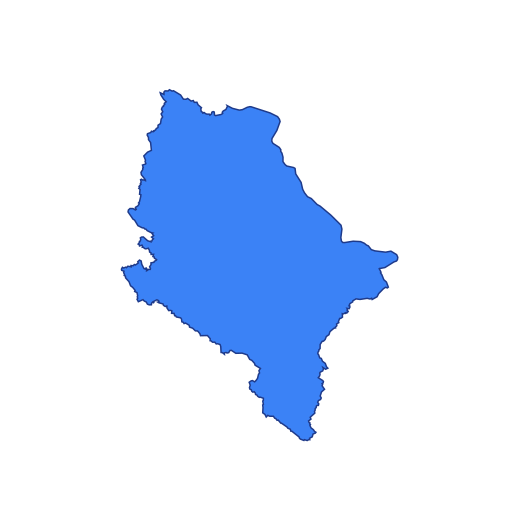 Thayarwady, Bago, Myanmar (orthographic projection), rotated 154°
{"feature_id": "60261553B84336516867138", "entity_name": "Thayarwady", "entity_type": "district", "adm_level": 2, "iso_a3": "MMR", "parent_name": "Myanmar", "parent_adm1": "Bago", "projection": "orthographic", "projection_center": [95.818, 18.129], "detail": "fine", "context": "isolated", "style": "filled", "palette": "blue", "viewbox_px": 512, "rotation_deg": 154, "n_neighbors": 0, "source": "geoboundaries", "source_scale": "gbopen_adm2", "svg_char_len": 6112}
<svg xmlns="http://www.w3.org/2000/svg" viewBox="0 0 512 512"><g transform="rotate(154 256 256)"><path d="M257.7,440.7L259.1,441.0L260.9,443.4L262.7,442.9L265.4,444.3L266.9,443.7L267.9,441.6L270.5,444.7L270.9,442.4L270.3,437.3L269.1,434.0L271.5,433.4L271.6,432.3L273.4,431.7L273.5,431.1L275.0,430.9L276.6,429.4L276.6,426.5L279.0,425.3L279.0,421.9L281.2,420.6L283.8,416.9L286.7,416.5L287.8,414.4L289.8,414.3L291.0,413.3L293.0,413.4L293.1,412.8L294.0,412.8L295.3,414.0L296.5,413.1L299.9,413.5L300.8,412.4L300.7,409.6L301.6,407.7L301.0,404.2L303.7,396.8L307.9,396.9L313.0,395.1L313.3,390.6L314.3,389.5L314.4,387.5L314.9,387.1L318.2,387.5L318.6,384.8L319.3,384.7L319.8,383.4L322.7,381.6L323.4,379.3L322.0,372.9L322.3,372.2L323.3,373.5L324.6,374.0L325.2,375.2L326.3,375.2L326.8,372.8L328.2,371.7L327.9,371.0L330.6,369.8L330.3,369.0L331.7,368.2L331.0,366.7L333.6,362.5L332.6,361.6L333.4,360.2L336.9,355.9L338.3,355.2L337.9,354.5L338.5,353.8L340.4,352.8L343.0,352.6L343.4,352.0L343.2,350.4L344.2,350.2L345.7,352.5L348.4,353.9L350.5,353.3L351.7,351.7L350.4,343.0L349.4,341.5L348.8,335.0L345.8,331.1L344.6,330.5L344.1,329.0L343.1,328.3L342.7,326.5L340.2,323.2L338.7,321.9L339.6,321.8L339.1,319.1L341.6,318.8L340.6,316.4L342.1,316.0L342.8,315.2L344.2,315.5L344.3,314.9L346.7,317.2L348.9,322.5L350.6,323.2L352.0,323.0L352.3,321.5L353.4,320.2L354.4,320.2L354.8,319.3L356.7,318.4L356.0,317.5L356.3,316.1L353.7,315.8L353.7,314.6L354.4,313.7L353.6,313.4L352.8,311.5L351.9,310.7L349.4,310.2L349.3,307.9L349.9,306.2L349.0,304.9L349.6,303.4L347.3,302.4L348.9,300.7L347.9,299.7L348.3,298.6L346.9,296.3L347.3,295.9L349.7,295.8L350.5,295.1L353.4,295.9L354.1,294.3L356.4,292.9L356.2,291.3L356.9,290.3L359.0,291.3L359.6,290.7L360.8,290.7L359.9,292.2L359.9,293.3L360.5,293.4L360.8,292.4L362.2,293.8L362.3,298.6L361.4,301.9L362.5,303.4L364.8,302.7L364.9,301.3L368.3,300.8L369.1,301.7L370.6,301.1L372.5,302.2L372.9,301.0L375.7,303.0L377.5,302.3L378.0,303.1L380.2,303.2L381.0,304.4L382.7,303.2L383.0,302.0L381.3,300.2L382.3,299.0L382.2,297.2L383.0,296.3L382.2,295.2L382.8,293.5L381.4,288.6L381.8,284.2L380.6,281.9L379.7,278.1L380.6,277.3L379.0,275.3L379.8,272.1L380.6,271.4L380.8,269.9L381.9,269.3L381.8,266.5L376.7,266.3L376.2,264.5L374.8,262.8L374.7,260.3L373.4,258.9L371.4,258.0L370.5,259.4L369.2,259.9L368.6,258.9L368.2,259.0L368.0,260.0L364.3,260.1L363.1,258.6L363.3,257.3L364.5,257.6L363.8,256.5L360.6,253.7L360.8,252.2L359.7,250.4L358.1,250.1L358.8,248.4L358.4,245.2L356.5,244.5L355.7,243.6L357.0,241.5L354.8,240.3L355.3,238.0L354.5,237.7L354.3,236.1L350.9,233.5L350.6,232.1L351.5,229.3L350.4,228.3L350.3,226.8L348.7,226.6L346.4,223.0L346.9,221.2L344.6,218.9L343.3,215.3L341.6,214.4L341.1,213.4L340.5,210.7L340.8,208.7L334.5,205.8L333.4,201.7L334.4,200.0L333.6,199.4L332.9,197.6L330.8,196.6L330.3,194.4L329.0,194.0L327.1,192.2L327.4,190.0L329.7,184.6L328.6,183.9L327.5,181.6L327.1,182.8L325.8,182.6L324.9,182.2L324.6,181.5L322.9,181.1L320.8,182.5L319.5,182.0L316.8,177.4L311.1,174.8L307.2,171.0L307.0,165.9L305.5,164.0L304.4,160.2L304.7,158.3L301.3,153.0L303.6,151.7L304.1,149.3L305.6,148.6L308.3,145.3L310.8,144.0L312.4,143.5L313.8,145.6L315.1,145.9L317.5,145.5L317.8,142.5L319.6,140.5L319.9,139.1L318.9,137.9L319.1,136.3L318.5,135.0L317.1,134.8L316.7,133.1L317.1,131.7L316.1,130.6L316.0,129.2L315.0,127.5L314.1,127.3L311.7,124.9L312.7,123.0L313.5,122.7L314.4,119.4L315.3,119.2L316.1,116.8L318.7,112.1L317.4,109.7L317.4,106.8L315.2,107.6L314.1,106.1L310.6,104.3L310.3,102.0L309.5,101.3L309.1,99.1L308.0,98.8L307.0,94.9L306.4,94.6L303.1,88.7L302.9,87.3L301.1,85.2L301.5,83.3L300.6,82.8L296.6,74.4L296.8,73.3L296.4,72.0L293.8,69.2L293.0,69.7L290.9,67.7L289.0,67.8L288.2,67.3L287.7,68.7L284.7,68.8L282.8,71.0L280.3,70.8L279.4,71.3L280.3,72.7L280.5,74.6L281.9,77.5L281.8,80.2L281.0,80.6L281.4,81.5L280.7,82.3L281.3,83.0L281.1,84.7L278.1,85.3L278.0,87.3L272.0,89.0L271.5,90.8L270.6,91.3L269.6,93.0L268.4,93.3L267.5,94.7L266.5,94.9L265.4,94.4L264.4,95.6L264.7,97.4L264.0,98.1L263.2,98.7L260.9,98.7L259.6,99.8L259.7,102.0L256.7,105.1L252.8,106.2L253.5,110.4L252.4,111.4L252.6,112.3L251.3,112.5L250.4,113.6L250.6,114.8L253.4,119.3L251.3,120.4L250.2,121.8L250.1,122.8L249.2,123.4L246.4,123.5L244.8,125.0L244.7,126.4L243.1,123.7L240.6,123.7L241.2,125.5L240.8,129.1L242.4,132.3L242.2,135.3L243.4,136.5L243.0,139.9L243.3,141.0L242.5,142.3L241.0,143.2L240.8,144.0L239.0,144.7L237.1,148.4L233.9,150.3L232.6,149.9L230.5,150.6L228.1,152.8L224.9,153.3L222.7,155.6L217.7,156.9L216.0,156.5L215.9,157.2L213.9,157.9L213.4,159.6L210.8,159.8L210.7,160.9L208.2,163.2L207.3,162.8L205.1,163.1L203.7,166.3L203.2,165.7L201.5,165.7L201.0,165.2L199.5,165.1L199.8,165.7L198.1,165.4L197.4,165.8L197.9,167.5L197.0,168.2L197.1,169.0L195.4,167.8L194.0,168.9L193.6,170.1L194.2,170.5L192.5,172.0L189.2,172.4L188.6,173.3L184.9,173.6L181.6,171.4L174.6,169.2L172.4,167.4L170.6,167.3L170.7,166.0L165.0,166.3L162.3,168.4L155.9,170.7L153.3,171.1L151.9,169.7L150.7,170.0L150.2,175.4L151.5,178.7L151.1,184.1L151.5,186.2L150.8,186.5L150.7,187.8L150.9,191.2L150.6,190.6L145.2,189.1L134.6,190.2L131.9,189.9L130.5,190.7L129.1,192.7L129.0,195.6L132.6,201.2L137.8,202.6L146.9,208.5L149.6,211.2L150.6,215.9L151.9,217.4L153.0,219.9L155.7,223.1L162.2,226.7L170.4,229.2L172.1,230.1L172.7,231.9L171.7,235.3L167.0,242.5L166.1,246.4L170.8,259.9L176.5,272.7L178.5,275.5L181.1,283.4L183.7,286.7L184.7,291.5L184.8,295.5L183.2,302.4L184.3,312.4L182.5,317.6L183.4,319.0L188.9,323.4L189.8,325.4L190.4,329.0L188.4,333.0L187.6,337.1L187.9,339.3L187.1,340.6L187.5,343.4L191.4,349.8L191.5,352.3L190.1,354.6L182.2,359.7L175.4,366.3L175.0,368.7L175.5,371.8L180.6,378.4L194.8,392.1L196.0,392.9L198.7,393.5L204.1,393.5L207.0,394.4L212.4,399.0L216.0,403.8L216.0,403.1L218.8,400.9L221.9,400.7L223.3,400.0L223.5,398.7L225.4,398.5L230.8,399.9L231.5,400.9L230.4,403.7L231.2,404.6L232.6,404.6L233.9,403.2L235.7,402.8L235.8,404.0L238.0,405.0L239.1,406.3L239.5,407.5L240.8,407.7L240.5,408.0L241.9,409.8L241.1,412.5L240.0,413.2L241.8,417.3L241.7,420.1L244.1,421.1L244.2,423.2L246.4,423.7L248.4,427.6L250.1,427.5L252.5,428.8L253.2,433.8L257.7,440.7Z" fill="#3b82f6" stroke="#1e3a8a" stroke-width="1.5"/></g></svg>